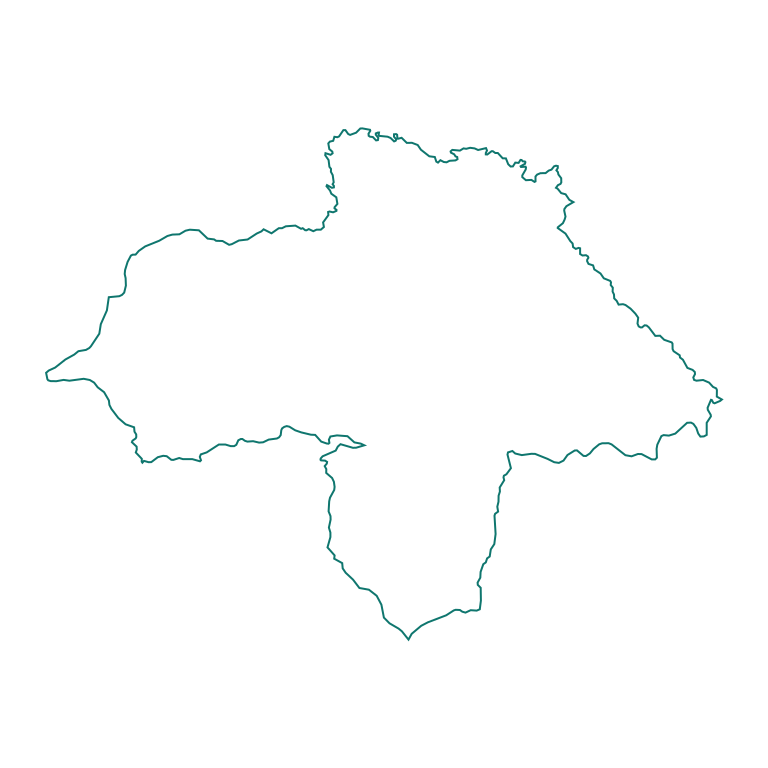 Cisneros, Antioquia, Colombia
{"feature_id": "7082276B52790973649265", "entity_name": "Cisneros", "entity_type": "district", "adm_level": 2, "iso_a3": "COL", "parent_name": "Colombia", "parent_adm1": "Antioquia", "projection": "albers", "projection_center": [-75.079, 6.546], "detail": "fine", "context": "isolated", "style": "outline", "palette": "teal", "viewbox_px": 768, "rotation_deg": 0, "n_neighbors": 0, "source": "geoboundaries", "source_scale": "gbopen_adm2", "svg_char_len": 6106}
<svg xmlns="http://www.w3.org/2000/svg" viewBox="0 0 768 768"><path d="M46.1,372.8L47.4,379.2L48.2,380.3L50.6,381.1L56.4,381.2L63.6,379.9L69.4,380.7L83.7,378.8L89.8,380.0L94.1,382.6L97.7,387.3L104.1,392.2L108.9,400.5L109.4,404.9L111.4,408.9L118.3,418.0L125.6,424.3L134.1,427.3L134.5,431.7L136.2,434.4L136.3,437.0L135.7,438.4L132.5,440.7L131.9,442.2L136.6,446.6L136.8,449.5L135.8,452.5L141.8,458.8L141.7,461.7L142.4,462.7L144.0,460.9L148.6,462.2L151.3,462.1L157.8,457.2L163.2,455.8L166.7,456.2L171.3,459.8L173.4,459.9L179.2,458.0L182.8,459.1L192.2,459.1L200.0,461.3L201.0,460.3L199.8,456.9L200.8,454.4L206.7,452.4L218.9,444.5L225.3,444.5L230.6,446.1L234.2,446.1L236.3,444.8L238.3,440.3L240.8,439.0L242.4,439.0L244.9,440.8L247.4,441.6L253.1,441.2L259.1,442.6L263.1,442.3L268.7,439.6L276.9,438.5L279.1,437.3L280.7,435.1L281.3,430.2L282.1,428.4L284.2,426.9L286.7,426.1L289.4,426.7L295.2,430.3L301.3,432.4L310.9,434.7L315.2,434.9L321.2,441.6L326.7,443.5L328.5,443.7L329.4,442.9L328.9,439.7L330.4,436.5L337.0,435.4L347.5,436.2L354.4,442.4L360.7,443.6L364.3,445.3L356.2,447.7L352.9,447.8L340.5,444.2L337.8,446.6L335.7,450.6L322.6,456.3L320.7,458.5L320.5,459.8L321.1,460.4L325.0,460.6L327.1,461.9L326.8,463.6L324.7,466.1L326.3,469.1L326.2,472.9L332.1,478.0L333.9,481.8L334.6,486.9L334.2,490.0L330.0,497.7L329.2,501.3L328.6,511.4L330.5,516.1L330.6,519.6L328.9,527.6L330.4,532.6L330.4,537.1L327.5,547.4L334.6,555.4L334.2,558.7L342.2,563.1L342.7,568.4L345.7,572.8L353.0,579.6L359.4,588.0L368.9,589.7L376.7,595.8L381.4,604.7L383.9,617.6L389.5,623.3L398.6,628.6L401.9,631.3L408.5,639.6L411.7,633.8L421.2,625.8L427.9,622.3L446.2,615.3L453.8,610.4L455.7,609.8L459.9,610.0L462.3,611.7L465.5,612.6L470.7,610.2L476.7,610.6L479.8,609.3L480.9,600.6L480.7,587.8L477.8,584.9L477.6,582.6L480.3,577.7L480.6,571.9L483.3,564.2L485.8,562.4L487.1,558.4L489.7,556.5L490.8,549.4L494.3,544.1L495.6,534.0L494.5,515.7L495.1,513.8L498.1,511.6L497.3,506.7L498.5,501.7L498.6,495.7L499.9,491.6L499.7,487.5L504.2,480.2L503.5,477.4L503.9,475.7L506.4,474.3L510.9,468.2L507.5,454.6L508.0,452.4L512.4,451.0L515.2,453.5L521.8,455.1L531.4,453.8L535.1,453.9L547.6,458.9L554.2,462.2L558.9,462.9L563.5,460.6L567.5,455.0L574.7,450.5L577.0,450.4L583.5,455.9L586.0,456.0L589.9,453.4L593.5,449.0L599.2,444.3L602.1,443.3L608.6,443.2L611.6,444.4L625.4,455.2L631.6,456.3L637.9,454.0L641.6,454.1L651.7,459.4L655.2,459.4L656.9,457.7L656.6,448.8L657.3,444.7L661.4,436.1L663.6,435.1L668.9,435.6L675.3,433.6L687.1,422.8L691.0,422.6L693.4,423.9L696.3,427.9L698.2,433.5L700.4,436.6L703.9,436.4L706.7,434.9L706.7,422.8L710.9,416.4L710.7,414.8L707.8,409.8L707.6,407.8L711.0,399.8L711.8,400.0L713.3,402.8L714.6,403.3L720.2,400.9L721.9,399.5L716.8,396.6L716.9,390.0L716.2,388.4L713.0,386.9L709.1,382.6L703.1,380.0L696.5,380.7L694.1,379.9L693.3,377.4L695.0,374.1L694.8,372.0L692.6,369.9L687.4,367.9L682.9,359.7L680.0,357.5L679.7,355.3L673.6,351.2L672.6,349.1L672.5,343.6L671.7,342.4L664.2,339.8L660.0,335.7L655.3,335.9L648.8,327.3L646.6,325.5L644.6,325.3L642.0,327.4L640.5,327.4L638.7,326.4L637.5,323.6L638.2,317.7L635.4,313.7L630.7,308.8L625.5,305.0L623.0,304.2L618.6,304.6L616.7,300.9L614.2,298.4L614.0,294.5L612.6,291.6L612.8,287.7L610.7,285.0L611.0,282.3L610.2,280.9L603.8,278.3L600.5,273.5L594.3,269.4L593.1,265.4L588.5,263.9L587.1,261.1L587.2,259.7L588.4,257.8L588.0,256.5L586.0,255.2L582.5,255.5L580.1,254.0L580.1,248.3L578.6,247.9L575.8,248.9L573.1,247.1L572.6,243.5L570.3,241.1L565.5,233.6L557.7,228.0L557.8,227.3L562.9,223.2L564.6,219.6L565.5,216.6L564.2,210.6L564.4,209.0L566.4,206.2L573.4,202.1L569.3,199.8L565.6,194.3L561.2,193.1L557.6,188.7L556.0,187.8L557.9,185.2L560.5,183.9L561.3,182.4L561.2,178.2L558.4,174.5L557.9,172.1L556.4,170.3L557.8,168.0L557.8,166.1L556.0,165.7L554.1,166.3L551.5,169.6L548.7,170.6L545.6,173.1L540.4,173.2L537.1,174.6L535.5,176.5L535.5,181.4L534.5,181.9L531.4,179.9L525.9,180.2L522.3,177.1L522.3,175.4L525.7,169.5L526.0,167.6L525.6,166.7L521.0,167.0L520.6,166.3L525.0,163.8L525.4,162.1L524.9,161.5L522.7,161.3L521.6,160.0L520.5,159.9L518.6,162.9L515.3,162.6L512.9,166.4L510.6,166.5L508.2,164.2L505.9,158.4L502.7,158.3L497.8,153.0L495.3,153.0L492.8,151.2L491.6,151.2L487.3,154.5L485.8,154.4L485.8,153.0L487.0,150.5L486.0,148.1L478.1,150.0L474.6,148.4L470.1,147.8L466.2,148.8L463.5,148.4L459.9,150.6L452.3,149.9L450.6,151.4L450.9,152.6L454.2,154.3L455.5,156.4L457.2,157.0L457.5,159.2L455.5,160.4L449.5,160.8L446.6,162.3L443.8,162.0L440.4,160.2L438.0,162.6L436.3,161.6L434.8,157.0L429.3,156.3L420.9,149.7L417.7,145.0L411.9,142.8L406.8,142.9L401.6,137.8L398.2,138.7L397.4,138.0L397.1,134.7L396.1,134.1L394.0,134.3L394.0,136.7L396.3,139.5L395.6,140.8L394.1,141.4L390.6,138.0L387.6,136.7L379.4,135.9L378.6,134.8L379.0,132.5L378.0,132.5L375.8,133.4L375.8,134.7L378.3,137.9L377.9,140.1L376.1,140.4L372.8,137.0L370.0,136.7L368.7,135.8L368.5,133.7L370.3,130.8L370.0,129.8L362.4,128.4L360.3,128.5L356.1,132.7L350.1,134.9L348.2,134.0L345.4,130.1L343.4,130.1L339.1,136.4L337.4,137.2L334.4,136.8L333.2,140.8L329.9,141.6L328.3,143.4L329.3,149.1L332.3,151.6L332.6,153.3L330.6,154.8L325.5,153.2L325.2,155.2L328.6,160.1L329.4,166.8L331.0,168.9L330.9,171.8L332.7,175.1L333.7,182.3L332.6,184.2L333.9,185.9L333.9,187.4L331.9,187.8L327.0,185.1L326.5,186.2L330.0,190.5L331.3,193.7L336.3,197.3L337.4,203.9L334.6,207.2L334.5,208.3L336.5,209.9L336.4,210.9L333.1,212.3L329.5,211.5L328.1,212.0L328.4,215.1L323.1,222.4L323.9,227.0L320.8,229.7L316.5,229.7L313.3,231.2L308.8,229.1L306.5,230.3L305.2,230.2L302.7,228.2L301.1,228.8L295.4,225.6L285.8,226.3L282.0,228.2L278.8,228.2L271.5,233.3L263.6,229.3L261.4,231.4L256.8,233.5L247.6,239.5L238.9,240.5L231.7,244.2L229.1,244.8L222.5,241.0L216.1,240.8L214.1,239.4L207.6,238.6L198.9,230.3L189.8,229.7L185.5,230.7L179.4,234.3L172.3,234.6L167.4,236.0L159.3,240.7L145.2,246.4L138.8,250.9L135.6,254.6L132.6,254.7L130.9,255.6L127.6,261.9L125.1,270.0L124.7,274.0L125.6,278.1L125.9,285.6L124.2,292.6L122.0,294.9L119.3,296.2L108.8,297.2L106.9,310.4L100.8,324.2L99.3,333.7L90.9,346.3L89.3,348.0L86.0,349.9L78.4,351.2L74.2,354.6L65.4,359.5L55.1,367.6L48.8,370.5L46.1,372.8Z" fill="none" stroke="#0f766e" stroke-width="2"/></svg>